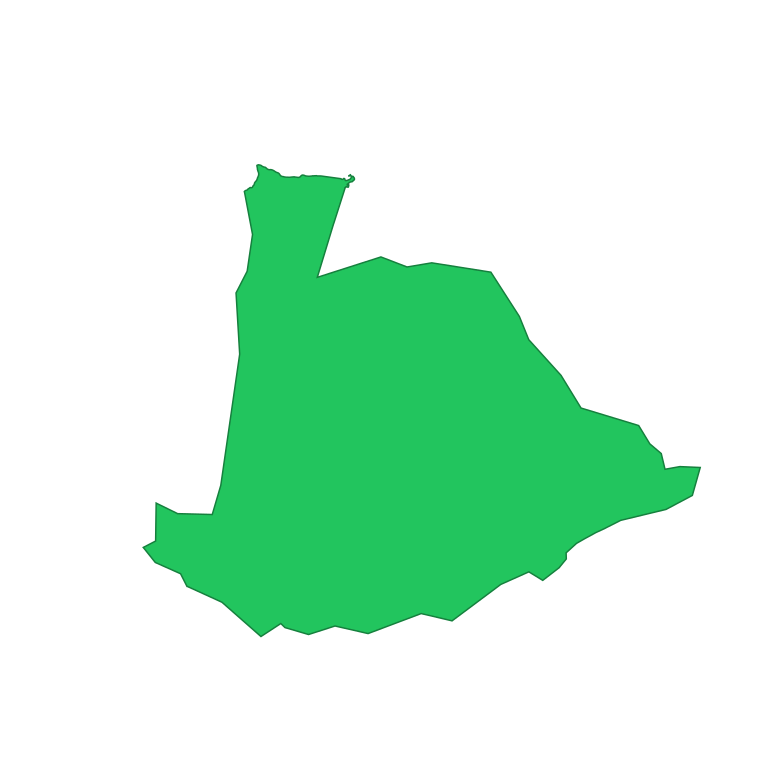 Tarialan, Hövsgöl, Mongolia (orthographic projection), rotated 253°
{"feature_id": "93677404B32165000008525", "entity_name": "Tarialan", "entity_type": "district", "adm_level": 2, "iso_a3": "MNG", "parent_name": "Mongolia", "parent_adm1": "Hövsgöl", "projection": "orthographic", "projection_center": [102.556, 49.659], "detail": "fine", "context": "isolated", "style": "filled", "palette": "green", "viewbox_px": 768, "rotation_deg": 253, "n_neighbors": 0, "source": "geoboundaries", "source_scale": "gbopen_adm2", "svg_char_len": 4971}
<svg xmlns="http://www.w3.org/2000/svg" viewBox="0 0 768 768"><g transform="rotate(253 384 384)"><path d="M383.6,535.6L383.9,535.5L384.0,535.4L409.0,533.2L459.7,518.9L485.9,465.1L489.2,440.2L506.4,418.2L505.5,351.4L552.2,382.8L552.4,383.0L582.4,403.8L582.5,403.7L582.9,403.7L583.0,403.8L583.0,404.0L583.0,404.3L583.4,404.8L583.7,405.1L583.8,405.5L583.7,405.8L583.4,405.9L583.2,406.1L583.1,406.3L583.2,406.5L582.9,406.9L582.8,407.1L582.7,407.3L582.8,407.5L583.0,407.7L583.4,407.9L583.7,408.1L584.1,408.3L584.3,408.4L584.6,408.4L584.8,408.2L584.8,407.9L584.6,407.7L584.7,407.4L584.8,407.3L585.0,407.1L585.4,407.1L585.7,407.2L585.8,407.4L585.9,407.5L586.0,407.8L585.9,408.1L585.7,408.2L585.4,408.3L585.3,408.5L585.6,408.5L585.9,408.5L586.1,408.5L586.3,408.7L586.5,409.0L586.7,409.6L586.8,410.0L587.0,410.7L587.0,411.2L586.9,411.7L586.8,412.4L586.8,412.9L586.9,413.1L587.0,413.4L587.2,413.7L587.5,414.0L587.6,414.3L587.8,414.9L587.9,415.2L588.2,415.5L588.8,415.7L589.3,415.8L589.7,415.8L590.0,415.7L590.3,415.5L590.6,415.4L591.0,415.4L591.4,415.2L591.6,415.1L591.7,414.9L591.8,414.5L592.0,414.2L592.2,413.9L592.5,413.5L592.8,413.3L593.1,413.2L593.5,413.0L593.8,413.1L594.0,413.0L594.0,412.9L593.7,412.7L593.5,412.2L593.5,411.7L593.5,411.3L593.3,411.2L593.2,411.2L593.2,411.3L593.1,411.5L593.2,411.8L593.3,412.1L593.2,412.4L592.9,412.8L592.6,413.1L592.4,413.4L592.2,413.4L591.7,413.5L591.3,413.5L591.2,413.4L591.0,413.1L590.7,412.7L590.5,412.3L590.3,412.1L590.1,412.0L590.0,411.8L589.8,411.3L589.7,411.0L589.6,410.4L589.6,409.6L589.5,408.9L589.5,408.1L589.6,407.4L589.6,407.1L589.8,406.8L590.1,406.6L590.3,406.5L590.7,406.4L591.2,406.4L591.7,406.4L591.8,406.4L592.0,406.2L592.3,405.8L592.2,405.6L592.2,405.4L592.0,405.1L591.9,405.0L591.9,404.7L591.8,404.2L591.9,403.8L592.1,403.4L592.3,403.1L592.9,402.9L601.3,384.7L602.1,382.3L602.4,381.2L603.1,380.0L603.1,379.7L603.3,378.8L603.5,378.3L603.6,377.4L603.8,377.1L603.9,376.9L604.0,375.6L604.1,375.4L604.3,374.3L604.4,373.8L604.5,373.5L604.6,373.0L604.7,372.7L604.9,372.2L605.1,371.7L605.3,371.2L605.5,370.8L605.7,370.3L605.9,369.9L606.1,369.6L606.5,369.2L606.8,368.8L607.1,368.4L607.4,367.8L607.5,367.4L607.7,367.0L607.7,366.6L607.6,366.3L607.4,365.8L607.3,365.4L607.0,365.0L606.8,364.6L606.6,364.2L606.4,363.9L606.4,363.6L606.5,363.3L606.5,362.9L606.6,362.5L606.6,362.3L606.8,362.1L606.9,361.7L607.1,361.4L607.2,361.1L607.4,360.7L607.6,360.2L607.8,359.8L608.0,359.4L608.1,358.9L608.3,358.8L608.3,358.7L608.5,358.0L608.6,357.8L608.6,357.5L608.7,357.2L608.8,356.7L608.9,356.2L609.0,355.7L609.2,354.7L609.3,354.0L609.4,353.8L609.5,353.6L609.7,352.9L609.9,352.3L610.1,351.9L610.2,351.4L610.5,350.7L610.8,350.0L611.2,349.2L611.6,348.6L611.9,348.1L612.1,347.5L612.4,347.1L612.7,346.8L613.0,346.4L613.3,346.1L613.6,346.0L614.3,345.7L614.8,345.5L615.0,345.5L615.3,345.4L615.8,345.2L616.2,345.0L616.6,344.7L616.9,344.4L617.2,344.0L617.4,343.7L617.8,343.2L618.1,342.8L618.4,342.5L618.6,342.3L618.9,342.1L619.2,341.8L619.5,341.6L620.0,341.2L620.5,340.7L620.8,340.4L621.0,340.2L621.3,339.8L621.6,339.4L621.7,339.1L622.0,338.7L622.2,338.1L622.3,337.7L622.4,337.2L622.5,336.8L622.8,336.5L623.0,336.1L623.2,335.7L623.5,335.4L624.1,335.0L624.7,334.7L625.1,334.4L625.7,334.1L626.0,333.7L626.2,333.4L626.4,333.0L626.6,332.6L626.8,332.3L627.0,332.1L627.3,331.8L627.7,331.3L628.1,331.0L628.3,330.8L628.7,330.6L629.0,330.3L629.4,329.8L629.6,329.4L629.9,328.9L630.1,328.5L630.3,328.1L630.4,327.6L630.3,327.1L630.2,326.4L629.6,326.2L629.3,326.2L629.0,326.2L628.6,326.1L628.1,326.1L627.5,326.0L626.6,325.8L626.1,325.7L625.4,325.7L624.2,325.7L622.9,325.8L622.0,325.7L621.3,325.5L620.8,325.3L620.5,325.2L620.3,325.1L619.5,324.5L619.0,324.1L618.4,323.6L618.0,323.2L617.5,322.9L617.1,322.7L616.7,322.3L616.3,322.0L615.9,321.6L615.7,321.2L615.4,320.9L615.2,320.5L615.0,320.1L614.6,319.6L614.3,319.3L614.1,319.0L613.7,318.8L613.4,318.6L613.0,318.3L612.5,318.0L612.3,317.8L612.1,317.5L612.1,317.3L612.0,317.1L611.8,316.9L611.6,316.5L611.2,316.3L610.9,315.9L610.5,315.6L610.5,315.1L610.5,314.8L610.5,314.5L610.6,314.3L610.8,314.0L610.9,313.7L611.0,313.4L610.9,313.0L610.6,312.7L610.5,312.2L610.5,311.6L610.4,311.3L610.2,311.0L610.0,310.6L609.8,310.4L609.7,310.1L609.6,309.8L609.5,309.5L609.5,309.0L609.5,308.6L609.5,308.2L609.4,307.7L608.9,306.7L607.3,306.6L565.4,302.0L531.8,286.1L514.3,269.1L514.2,269.1L454.7,254.7L334.8,198.3L309.4,181.6L320.4,148.6L320.5,148.6L336.7,131.3L300.6,119.7L298.1,106.0L280.2,113.1L262.0,134.0L248.1,136.4L248.1,136.5L222.7,165.2L178.5,192.5L185.1,215.3L180.0,218.1L166.5,238.6L166.9,266.4L150.0,295.8L153.6,352.4L137.7,379.7L137.6,379.8L158.2,437.1L162.0,467.6L149.8,478.4L157.2,498.0L157.3,498.0L163.4,507.2L169.3,508.8L175.3,521.5L177.4,530.7L179.8,542.4L179.9,542.7L181.5,554.1L181.6,554.3L184.4,570.5L181.6,617.0L187.3,646.3L211.7,662.0L218.5,642.8L220.3,627.8L236.4,628.8L248.9,620.8L249.0,620.7L269.8,615.4L303.4,565.4L340.2,555.9L340.3,555.9L383.6,535.6Z" fill="#22c55e" stroke="#15803d" stroke-width="1.5"/></g></svg>